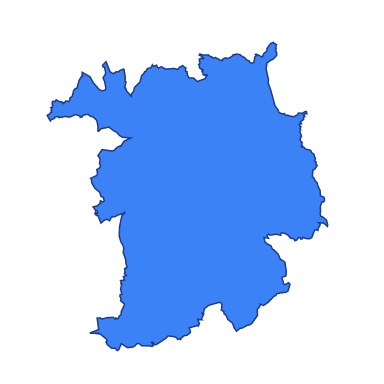 Tapalpa, Jalisco, Mexico (Albers equal-area conic projection), rotated 168°
{"feature_id": "50627088B26698937893318", "entity_name": "Tapalpa", "entity_type": "district", "adm_level": 2, "iso_a3": "MEX", "parent_name": "Mexico", "parent_adm1": "Jalisco", "projection": "albers", "projection_center": [-103.771, 19.947], "detail": "fine", "context": "isolated", "style": "filled", "palette": "blue", "viewbox_px": 384, "rotation_deg": 168, "n_neighbors": 0, "source": "geoboundaries", "source_scale": "gbopen_adm2", "svg_char_len": 5949}
<svg xmlns="http://www.w3.org/2000/svg" viewBox="0 0 384 384"><g transform="rotate(168 192 192)"><path d="M320.6,74.9L313.6,73.4L314.2,73.1L311.3,72.2L306.1,65.7L306.3,63.4L307.3,63.2L306.7,60.5L303.2,56.0L299.2,54.9L298.7,53.1L297.8,52.4L296.5,52.9L292.7,58.4L287.5,53.2L282.4,52.6L279.7,53.4L277.0,55.3L275.1,54.6L273.0,51.9L265.2,50.3L263.2,49.2L261.7,49.9L262.9,53.4L261.2,52.9L260.1,50.4L258.6,50.2L248.2,54.2L245.2,56.2L239.6,54.2L237.2,52.6L236.8,50.8L235.2,51.0L233.8,50.0L233.4,51.0L229.7,53.0L226.4,53.0L223.1,54.6L222.5,55.6L223.0,59.7L214.3,60.2L213.7,59.5L213.3,60.1L213.9,60.3L212.1,61.6L212.9,66.2L212.2,66.5L211.6,65.5L208.9,65.0L209.4,65.6L206.0,69.9L206.8,70.0L207.3,71.5L205.8,71.6L204.0,75.5L198.7,77.8L187.9,78.4L186.6,77.4L186.2,75.3L187.9,70.3L185.8,68.5L185.9,65.9L184.5,64.7L183.4,59.8L179.7,55.4L178.9,50.0L177.4,46.6L173.1,48.8L171.5,48.4L165.7,50.1L162.7,50.1L160.5,51.3L153.7,57.5L152.5,63.6L149.7,65.7L148.5,68.2L145.7,66.1L139.3,68.8L139.0,69.8L136.9,70.5L133.7,73.0L131.6,73.2L130.1,75.1L128.0,74.6L125.6,75.1L124.6,74.5L123.7,75.0L121.9,74.3L118.8,75.1L115.3,81.4L116.4,83.2L120.3,82.1L121.9,83.3L121.4,85.2L122.0,89.1L121.2,89.9L117.5,90.4L116.2,95.2L115.7,104.0L118.7,107.3L119.5,107.4L120.6,113.3L124.0,118.5L125.2,119.4L126.0,123.1L129.1,125.5L131.1,128.2L131.0,132.5L126.8,130.9L127.9,133.7L126.2,134.9L124.7,133.6L118.3,133.2L114.2,131.2L113.8,132.9L112.9,133.5L110.0,132.4L107.3,130.1L105.1,126.2L103.2,125.7L101.6,124.3L101.6,123.0L100.1,123.0L97.2,125.2L95.9,125.0L95.2,123.2L94.0,123.2L93.0,124.5L89.3,122.4L86.2,121.8L84.2,122.7L80.0,129.2L78.6,129.3L76.8,128.2L76.3,130.1L74.2,132.1L73.3,134.0L74.5,135.6L69.5,134.1L66.7,130.2L66.1,131.8L66.3,136.6L69.5,140.6L71.2,141.6L71.1,144.7L70.4,145.8L69.5,151.2L67.0,155.2L65.8,154.8L64.3,155.8L63.8,158.2L64.2,159.6L67.2,161.6L66.4,166.9L67.7,172.3L67.6,174.7L69.1,177.3L70.1,180.9L71.1,181.9L69.2,188.2L67.3,188.7L64.0,192.0L65.1,193.1L64.3,195.4L65.5,197.1L64.4,198.9L65.0,203.8L66.8,205.6L67.2,208.0L72.4,210.7L73.3,212.6L75.3,213.0L75.5,213.9L74.4,214.2L74.8,215.9L73.8,217.5L75.1,219.1L75.4,221.5L74.3,222.2L74.2,223.6L73.2,223.9L74.0,228.9L72.6,230.7L73.3,232.1L71.8,233.2L73.0,234.8L72.7,236.2L70.7,236.0L71.4,238.0L67.8,239.7L67.3,241.8L65.9,242.5L67.0,244.0L64.8,245.1L63.4,244.6L63.3,246.8L64.5,247.2L67.6,246.1L71.6,247.1L72.5,245.7L76.9,244.5L81.6,246.4L82.2,247.3L84.3,247.3L85.4,249.6L87.5,249.5L90.6,252.0L90.7,254.3L92.9,259.1L93.8,275.5L94.8,282.7L93.9,286.1L93.9,296.9L91.9,302.5L88.3,304.3L85.1,305.0L80.8,308.0L80.2,310.2L80.7,313.7L79.9,314.5L79.9,316.5L78.7,318.5L80.9,320.4L81.1,321.4L84.0,321.0L85.6,319.8L88.9,316.7L89.3,314.5L93.3,312.2L95.1,309.3L100.3,313.4L101.4,313.4L100.9,311.9L102.6,310.9L104.4,305.9L107.0,305.5L108.6,307.1L108.7,308.2L111.0,309.8L112.9,313.0L114.2,313.5L116.5,316.4L120.1,317.8L121.8,317.3L123.0,317.9L124.0,316.7L127.3,315.5L129.5,315.2L131.4,316.3L134.6,315.5L134.7,314.5L135.6,314.1L141.3,318.8L143.5,318.4L144.6,320.2L146.0,320.8L147.5,322.7L152.3,323.5L155.7,325.4L156.5,324.3L154.2,322.7L152.9,320.5L153.4,319.9L155.2,321.0L157.4,320.3L157.4,316.5L159.1,315.2L158.3,313.7L159.0,312.3L158.2,310.9L157.4,310.7L157.3,309.7L155.9,309.3L156.6,308.6L156.3,307.8L157.2,307.6L156.2,305.1L156.7,304.5L155.7,303.6L154.9,303.8L154.8,303.2L153.1,303.8L152.9,303.0L155.8,300.1L163.8,299.0L166.7,303.1L171.3,304.3L172.2,307.7L171.8,310.6L173.2,311.4L172.3,315.0L173.8,315.9L174.8,317.6L178.3,316.6L180.7,314.9L183.6,316.5L192.2,317.7L195.9,320.9L199.0,320.2L199.8,321.0L200.3,323.4L203.9,323.0L204.3,324.6L206.5,322.0L209.9,322.1L212.5,319.3L213.4,319.5L214.8,317.5L216.8,316.7L220.1,310.4L226.5,306.2L227.9,303.1L231.0,300.1L231.4,298.2L234.9,304.2L235.3,307.5L236.2,307.9L233.6,313.5L234.6,314.4L233.5,317.3L233.0,325.7L233.3,326.5L237.4,325.8L239.1,324.8L241.1,325.4L244.6,324.1L247.1,326.6L249.0,337.4L253.2,334.4L252.8,332.6L251.7,332.4L251.6,326.9L252.2,325.3L255.3,322.2L254.5,318.0L254.6,311.8L255.4,310.1L256.2,309.7L258.7,309.6L261.3,311.3L265.8,319.3L267.8,325.9L274.5,331.9L275.3,329.1L274.9,328.2L275.8,328.2L279.2,324.7L282.9,317.6L284.9,317.3L286.6,316.0L289.3,310.5L292.0,309.2L292.4,307.5L293.9,306.1L296.5,307.3L298.3,305.6L299.4,306.3L299.8,305.5L300.8,307.3L302.6,307.7L305.7,310.4L307.5,308.9L309.2,309.7L310.0,309.1L310.6,306.3L310.1,305.4L311.1,304.1L312.6,303.8L311.9,302.7L313.0,300.9L312.5,299.4L314.0,299.0L315.2,297.6L316.3,297.8L317.7,296.9L315.8,290.9L314.5,292.1L311.3,292.5L310.7,293.7L307.5,293.8L306.7,292.3L305.6,292.8L304.2,292.1L301.0,292.4L296.1,290.7L289.9,292.0L285.9,289.7L285.8,288.2L283.6,288.4L283.1,289.5L281.7,289.8L277.8,289.7L275.5,287.1L273.1,286.0L270.2,281.7L270.4,275.3L271.4,271.3L270.8,270.8L267.6,272.8L259.8,272.7L255.3,267.6L253.6,266.6L251.2,262.4L248.7,260.0L240.6,257.6L247.8,255.9L252.2,251.6L252.5,252.1L255.9,251.3L259.8,248.8L261.6,248.7L271.1,252.2L276.5,247.1L275.3,244.5L275.2,242.4L276.4,239.8L276.3,236.0L277.5,234.7L280.5,233.7L280.6,229.7L281.7,228.0L288.3,226.4L287.8,225.7L288.1,221.4L286.2,215.8L282.3,210.8L281.9,206.4L279.9,205.3L279.7,201.4L281.1,200.7L283.4,202.5L284.1,201.1L283.6,199.9L286.1,199.1L287.1,198.1L291.9,198.0L290.2,194.3L288.6,193.4L288.7,190.9L289.6,190.7L290.6,192.5L291.5,190.7L290.3,188.9L288.9,188.5L287.5,180.5L283.9,182.5L280.9,183.1L278.6,181.0L275.9,184.2L272.3,183.9L269.3,184.9L263.8,185.2L262.2,186.2L262.3,185.3L265.1,183.8L266.2,182.0L270.1,173.0L272.4,163.9L271.9,157.9L270.4,153.4L270.6,150.7L271.9,147.2L270.9,139.3L271.5,136.3L271.2,132.2L272.0,131.0L272.9,131.5L273.9,131.0L274.1,127.6L275.2,126.2L273.6,123.9L276.7,123.5L276.3,119.9L280.3,120.2L280.0,118.3L280.7,117.1L279.8,116.6L282.0,112.0L282.0,106.4L283.7,106.4L284.2,104.8L283.6,102.7L284.5,100.4L281.6,96.8L281.5,95.9L286.3,89.4L286.6,87.1L288.9,85.8L290.6,83.5L292.3,83.7L292.6,84.6L293.6,83.8L294.9,85.7L301.5,86.8L306.4,86.4L307.8,87.9L311.0,88.4L311.9,76.9L320.7,75.4L320.6,74.9Z" fill="#3b82f6" stroke="#1e3a8a" stroke-width="1.5"/></g></svg>